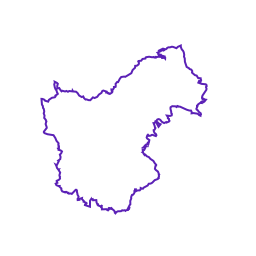 Chiuiesti, Cluj, Romania, rotated 334°
{"feature_id": "2599482B81341835248547", "entity_name": "Chiuiesti", "entity_type": "district", "adm_level": 2, "iso_a3": "ROU", "parent_name": "Romania", "parent_adm1": "Cluj", "projection": "albers", "projection_center": [23.916, 47.321], "detail": "fine", "context": "isolated", "style": "outline", "palette": "violet", "viewbox_px": 256, "rotation_deg": 334, "n_neighbors": 0, "source": "geoboundaries", "source_scale": "gbopen_adm2", "svg_char_len": 5807}
<svg xmlns="http://www.w3.org/2000/svg" viewBox="0 0 256 256"><g transform="rotate(334 128 128)"><path d="M135.8,180.3L134.6,177.9L134.3,176.5L136.0,174.2L136.8,174.1L137.2,173.5L136.6,171.3L136.4,168.7L134.6,165.6L134.0,163.3L132.5,161.6L132.0,159.9L131.4,159.8L131.5,159.6L131.0,159.0L131.3,158.7L130.8,158.1L130.8,156.8L130.5,156.3L130.9,156.3L131.8,153.6L132.7,154.0L133.1,154.7L135.0,153.3L135.6,152.1L136.1,152.3L135.8,151.8L134.6,152.3L133.9,152.0L135.2,151.7L135.6,150.5L135.7,151.2L137.2,150.8L138.9,151.4L140.3,151.0L139.2,150.8L139.0,151.1L139.0,150.6L138.7,150.5L139.4,149.8L140.6,149.9L141.9,148.2L140.6,145.8L140.6,144.7L142.1,143.1L143.0,142.8L143.1,143.1L142.8,143.9L143.0,144.1L145.0,144.8L146.3,144.6L147.0,144.9L149.5,147.5L150.4,146.9L150.4,145.4L149.7,144.3L149.7,142.5L150.1,141.2L151.1,141.2L152.6,140.1L152.4,139.7L152.9,137.6L153.1,134.8L153.9,135.1L154.8,134.8L155.5,134.1L155.8,134.6L156.0,140.3L158.9,138.9L157.6,137.5L157.3,136.2L156.8,135.6L156.7,134.2L157.3,133.6L158.2,133.2L159.6,133.5L160.6,134.8L161.1,137.2L162.6,139.4L164.9,139.4L165.0,140.0L167.5,140.2L168.4,139.8L168.3,139.0L168.8,137.7L168.1,136.8L168.6,135.8L168.4,133.9L171.1,135.6L172.8,135.8L173.6,134.6L173.4,133.7L174.1,131.8L174.5,129.6L175.0,128.5L175.4,128.0L177.3,127.8L180.1,129.3L180.8,130.4L182.0,129.8L182.4,130.1L182.4,130.7L184.1,131.6L188.8,137.3L190.7,139.1L192.3,140.0L192.2,141.8L191.6,142.7L193.4,143.3L196.6,145.5L197.1,146.1L197.6,147.6L198.5,148.7L199.0,147.8L199.5,147.8L199.8,146.7L198.8,144.7L198.4,142.4L197.8,141.6L197.8,140.8L199.6,139.2L199.4,139.0L199.8,138.2L200.3,138.4L201.3,137.5L203.9,137.1L205.1,137.8L205.2,136.7L205.8,136.6L206.3,137.1L207.0,136.9L207.2,137.7L207.6,137.5L208.1,137.8L210.4,136.7L208.0,135.0L208.5,134.7L208.1,134.3L208.1,133.8L207.7,133.5L208.0,132.8L209.2,131.5L215.2,128.0L215.8,127.1L216.1,124.9L215.8,124.5L216.4,124.9L217.1,124.8L217.4,123.4L216.9,122.7L213.5,120.6L211.1,118.1L212.6,116.8L213.7,118.0L214.7,117.1L214.8,115.7L215.1,115.2L212.9,113.7L212.7,111.0L211.3,109.8L209.8,106.3L210.7,105.0L210.5,103.3L209.2,102.0L209.1,101.2L207.5,98.8L208.2,93.4L209.5,90.3L209.6,88.4L210.6,86.9L211.3,84.4L211.3,82.6L210.9,81.4L210.8,80.4L211.0,78.3L211.6,77.0L208.4,76.9L206.5,77.5L204.2,75.0L203.1,74.2L201.0,73.9L199.7,73.2L198.3,73.2L197.4,73.7L196.3,73.8L194.2,72.0L192.3,72.0L194.7,73.4L194.5,73.9L193.7,73.9L193.2,73.3L190.6,72.4L190.0,72.4L190.4,73.3L190.0,73.3L190.1,73.7L189.8,73.3L187.6,73.2L188.2,75.1L187.5,75.4L187.6,75.8L189.6,76.6L189.6,77.7L189.9,77.3L190.0,77.6L189.7,78.4L190.8,78.4L192.3,79.8L191.7,80.4L192.2,81.2L191.8,81.9L191.5,80.9L189.3,80.0L189.5,78.5L188.5,78.2L188.0,76.9L187.6,77.9L187.0,77.5L187.0,77.2L186.0,77.2L184.0,76.2L183.9,76.4L184.2,76.8L183.9,77.0L182.4,76.1L182.1,75.4L180.7,75.0L178.2,73.2L175.3,72.3L174.8,72.4L174.1,73.2L171.3,72.3L169.4,73.3L166.8,72.4L166.4,72.6L166.4,74.4L165.4,75.5L163.2,75.9L161.7,75.3L160.8,76.9L157.6,77.9L155.0,80.2L148.0,80.8L147.1,80.1L144.3,79.2L142.3,80.1L139.2,82.4L138.4,81.9L136.2,82.9L135.4,84.9L134.8,85.6L133.4,85.0L133.2,85.6L131.4,86.9L130.0,86.1L129.5,87.6L129.6,88.1L129.9,87.8L129.9,88.6L129.1,89.1L126.9,89.4L125.9,88.2L125.7,88.6L125.1,87.9L124.6,86.5L124.3,86.8L124.0,86.6L124.7,85.9L122.2,83.5L121.1,83.5L119.5,84.8L116.5,85.2L114.0,86.5L111.1,86.4L109.9,85.1L106.3,86.5L104.7,85.6L103.3,84.1L102.3,83.8L101.6,82.0L101.6,80.0L100.0,79.9L98.3,77.4L98.0,74.5L97.2,72.6L94.7,71.1L94.6,70.2L94.2,70.8L91.4,69.0L89.9,69.1L88.9,67.7L87.5,67.6L85.1,65.6L84.4,65.9L84.0,64.9L83.7,61.9L81.8,61.5L82.8,59.2L84.3,57.5L83.9,56.3L82.4,54.3L82.2,55.0L80.8,56.5L80.0,59.5L79.9,61.7L80.2,62.7L79.8,65.1L80.0,66.2L79.7,66.7L77.2,67.0L77.3,67.3L76.8,67.8L75.7,68.3L72.9,67.5L69.3,68.0L67.8,69.3L65.4,67.1L65.3,66.0L63.9,64.4L63.0,63.9L60.9,69.3L61.1,70.9L60.4,72.7L60.7,73.6L60.2,75.7L59.8,76.7L58.7,77.8L58.4,80.3L57.1,82.2L57.7,84.6L57.4,85.6L57.6,86.2L55.7,88.3L55.3,91.6L55.0,92.3L50.8,94.4L50.5,94.9L50.7,96.0L52.9,98.3L57.9,101.8L58.3,105.3L58.1,108.1L58.9,111.3L58.0,112.5L58.1,113.1L57.6,113.7L57.9,114.2L57.2,115.6L56.4,115.6L56.6,116.3L56.2,116.3L56.4,117.0L56.1,117.3L57.7,118.7L58.4,120.1L56.8,121.5L55.1,122.0L54.7,124.5L53.4,126.3L50.9,126.7L51.2,127.5L47.6,130.3L47.0,129.4L47.0,130.8L46.7,132.8L47.1,134.7L47.7,134.9L47.2,135.2L47.5,138.3L45.7,140.3L45.4,141.2L45.5,142.1L45.0,142.7L44.7,143.7L43.0,144.3L40.9,144.2L40.6,144.3L40.5,146.3L38.6,146.3L38.6,148.0L40.1,149.7L40.8,150.0L40.5,150.2L41.6,153.1L41.0,154.3L41.1,156.1L43.3,158.4L43.9,158.4L43.9,158.1L44.6,158.4L45.0,158.9L45.2,159.9L45.9,160.1L45.7,160.6L46.1,161.1L48.0,161.8L48.6,162.6L53.9,160.6L54.6,161.0L54.6,162.2L54.0,163.1L53.9,164.3L53.4,165.7L53.5,168.0L52.5,169.2L51.6,169.6L51.2,170.7L52.9,171.3L53.4,170.5L55.9,170.8L55.4,171.5L56.3,174.4L55.8,174.8L57.9,177.2L58.4,176.9L57.7,177.6L55.9,177.9L55.5,178.4L59.3,182.1L62.0,176.7L63.6,175.8L63.5,176.1L65.1,176.4L64.9,177.6L67.9,178.9L67.1,181.1L67.0,183.5L67.6,183.6L67.3,184.6L69.1,186.5L71.0,186.1L69.1,187.5L69.5,188.4L68.9,189.7L73.0,191.5L73.4,192.7L74.0,193.3L75.2,192.8L75.2,191.8L75.8,191.5L77.0,192.3L77.0,193.0L77.3,193.4L77.5,193.4L77.5,192.8L78.0,192.7L78.4,194.2L79.1,195.6L79.5,197.4L79.0,198.3L79.3,199.2L80.7,198.5L82.3,198.4L85.2,199.7L86.7,199.4L87.1,199.9L88.8,200.4L89.4,201.3L89.8,201.0L92.2,201.7L92.6,201.3L93.4,201.3L93.9,200.7L92.4,200.5L95.7,198.0L96.6,197.7L98.1,194.5L100.0,192.8L100.4,191.7L101.2,190.8L102.3,189.9L103.0,190.2L104.6,189.6L105.7,188.6L106.1,187.4L106.7,187.3L107.4,186.2L108.2,186.6L107.3,188.3L109.2,188.3L111.2,189.2L112.4,188.7L113.1,187.5L114.1,188.7L114.9,189.1L115.8,188.5L120.5,188.3L122.2,187.2L124.0,187.9L125.8,187.8L129.1,186.6L132.4,186.9L133.7,186.5L133.6,185.8L134.5,185.3L135.1,183.8L135.5,183.6L135.3,183.2L135.6,182.8L135.8,180.3Z" fill="none" stroke="#5b21b6" stroke-width="2"/></g></svg>